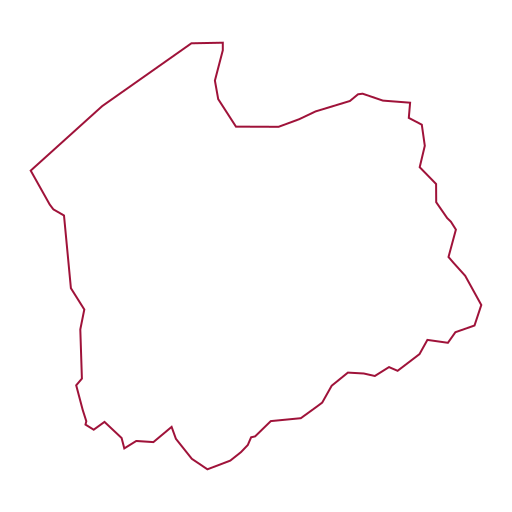 Salt Lake, Utah, United States of America
{"feature_id": "52423323B26965085925840", "entity_name": "Salt Lake", "entity_type": "district", "adm_level": 2, "iso_a3": "USA", "parent_name": "United States of America", "parent_adm1": "Utah", "projection": "orthographic", "projection_center": [-111.882, 40.668], "detail": "fine", "context": "isolated", "style": "outline", "palette": "rose", "viewbox_px": 512, "rotation_deg": 0, "n_neighbors": 0, "source": "geoboundaries", "source_scale": "gbopen_adm2", "svg_char_len": 1006}
<svg xmlns="http://www.w3.org/2000/svg" viewBox="0 0 512 512"><path d="M424.8,145.8L421.8,124.7L408.8,117.9L410.1,102.7L382.9,100.6L362.6,93.7L358.0,94.3L349.9,101.0L315.6,111.4L299.2,119.2L278.6,126.8L249.8,126.7L236.0,126.7L218.2,99.1L214.9,80.6L222.8,50.3L222.8,42.7L191.4,43.3L102.2,106.1L30.7,170.6L49.7,204.5L53.0,208.9L53.6,209.5L64.0,215.5L70.9,288.2L84.3,309.5L80.3,329.4L81.9,378.6L76.2,385.3L82.7,409.9L86.3,421.2L85.5,424.6L93.7,429.7L104.5,421.9L121.6,438.0L124.3,448.4L136.2,441.0L153.4,442.1L171.6,426.9L175.9,438.8L191.8,458.8L207.4,469.3L230.3,460.6L241.0,452.1L247.8,445.0L251.1,437.3L251.2,437.2L251.5,437.2L255.1,436.4L270.8,421.1L300.8,418.2L316.3,407.0L322.2,402.6L331.7,385.7L347.9,372.6L363.8,373.5L374.8,376.0L389.0,367.1L397.6,370.8L419.5,354.1L427.4,339.9L447.9,342.8L455.4,332.2L474.5,325.5L481.3,305.0L465.2,275.8L453.4,262.7L448.5,257.0L455.9,229.6L450.9,221.7L447.2,218.1L436.2,202.2L436.1,184.0L419.7,167.2L424.8,145.8Z" fill="none" stroke="#9f1239" stroke-width="2"/></svg>